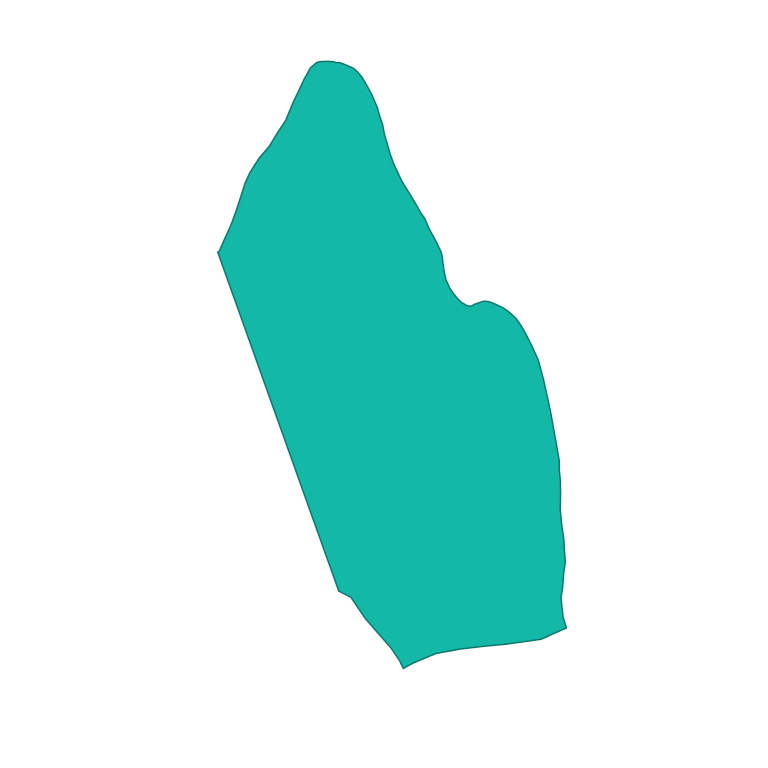 outline of Joyeux, Vieux Fort, Saint Lucia, rotated 326°
{"feature_id": "8701671B17958091241974", "entity_name": "Joyeux", "entity_type": "district", "adm_level": 2, "iso_a3": "LCA", "parent_name": "Saint Lucia", "parent_adm1": "Vieux Fort", "projection": "mercator", "projection_center": [-60.96, 13.783], "detail": "fine", "context": "isolated", "style": "filled", "palette": "teal", "viewbox_px": 768, "rotation_deg": 326, "n_neighbors": 0, "source": "geoboundaries", "source_scale": "gbopen_adm2", "svg_char_len": 1480}
<svg xmlns="http://www.w3.org/2000/svg" viewBox="0 0 768 768"><g transform="rotate(326 384 384)"><path d="M240.9,630.6L252.0,631.6L276.1,636.4L298.5,646.1L318.5,656.4L339.6,667.9L371.9,683.6L383.1,685.4L398.8,688.2L401.7,678.9L402.4,676.9L406.0,670.0L411.2,660.2L418.3,652.6L427.7,640.7L434.6,633.2L440.0,623.8L446.1,613.5L452.6,600.1L459.8,586.8L469.6,572.9L476.4,562.2L481.8,552.4L486.5,545.4L493.8,529.0L506.9,499.4L519.0,468.8L525.2,450.6L527.9,435.2L529.7,420.2L530.3,411.8L530.1,403.1L527.7,393.5L525.0,386.9L521.1,380.3L517.2,374.6L513.4,371.3L504.8,368.8L499.6,368.1L496.9,365.9L493.9,359.8L492.7,354.4L492.2,348.7L492.1,341.1L493.7,332.2L497.1,323.6L500.6,316.5L503.2,311.7L505.3,305.9L505.9,301.1L506.7,296.4L507.5,287.9L508.5,278.9L510.3,269.9L510.2,263.0L511.2,249.9L511.9,233.3L512.0,230.5L512.3,225.1L513.1,219.9L514.0,214.3L515.3,206.2L517.5,197.6L519.9,189.9L522.0,183.6L523.3,179.0L526.1,172.2L527.9,168.3L529.3,162.8L531.2,156.5L532.9,151.8L535.6,137.9L536.7,127.0L537.3,117.2L536.7,111.5L535.4,105.6L531.1,98.5L526.7,92.4L524.1,91.0L522.3,88.5L518.0,85.2L511.6,81.2L508.1,79.8L499.7,80.8L488.2,86.7L474.6,94.8L466.0,99.8L457.0,105.8L450.1,110.4L435.8,116.3L422.4,122.6L407.3,126.8L398.8,130.3L390.4,134.1L381.0,139.9L370.3,148.4L360.1,156.4L348.5,164.9L342.6,168.8L336.6,172.4L332.2,175.1L321.5,181.9L319.9,181.7L319.3,184.0L230.7,530.4L237.3,542.3L237.3,567.9L242.2,607.0L242.2,622.3L240.9,630.6Z" fill="#14b8a6" stroke="#0f766e" stroke-width="1.5"/></g></svg>